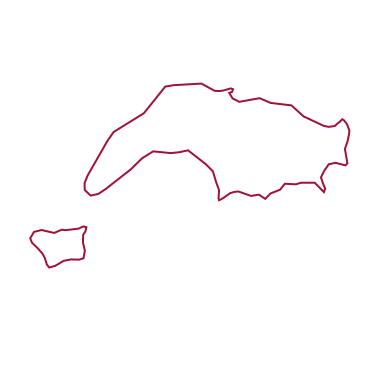 SVG path tracing the border of Inagua, rotated 200°
{"feature_id": "BHS-5038", "entity_name": "Inagua", "entity_type": "District", "adm_level": 1, "iso_a3": "BHS", "parent_name": "The Bahamas", "parent_adm1": "", "projection": "albers", "projection_center": [-73.316, 21.237], "detail": "fine", "context": "isolated", "style": "outline", "palette": "rose", "viewbox_px": 384, "rotation_deg": 200, "n_neighbors": 0, "source": "natural_earth", "source_scale": "10m", "svg_char_len": 1328}
<svg xmlns="http://www.w3.org/2000/svg" viewBox="0 0 384 384"><g transform="rotate(200 192 192)"><path d="M75.1,256.8L75.8,249.8L71.8,244.8L68.0,240.7L68.0,237.0L79.9,242.7L86.9,240.1L92.8,238.0L96.9,234.8L107.6,231.5L110.0,224.3L117.7,217.5L120.8,210.6L128.3,212.4L135.2,208.5L145.2,208.4L148.7,208.3L152.2,206.6L155.8,203.9L160.8,196.7L163.7,193.5L164.9,195.1L167.1,202.8L172.6,209.4L179.5,218.6L188.4,222.8L210.0,229.8L217.6,225.0L225.2,221.3L242.4,216.9L250.4,206.7L257.3,192.3L274.2,165.2L279.4,158.1L286.0,154.0L293.4,157.1L296.0,163.5L295.7,172.0L288.9,211.4L286.1,221.7L264.2,249.5L253.2,281.9L245.8,286.1L220.2,297.1L205.3,294.8L200.9,296.2L197.7,297.8L191.0,302.6L188.6,302.6L188.6,299.8L190.9,297.8L185.8,293.8L178.4,292.9L160.5,303.3L148.6,302.6L128.2,307.4L113.0,301.2L91.0,299.2L86.0,299.9L80.4,302.8L79.0,305.6L77.0,308.8L75.7,311.8L73.5,311.3L69.4,308.6L65.0,303.4L64.1,299.4L63.2,293.0L63.0,284.7L56.9,274.1L55.8,272.1L56.9,269.5L67.2,268.5L73.0,264.8L75.1,256.8ZM297.7,112.9L286.0,118.8L282.5,122.4L279.3,122.8L278.7,118.9L279.6,114.4L277.2,107.3L272.6,100.2L271.3,92.6L274.8,89.9L282.8,87.2L289.2,83.3L295.2,75.9L300.3,72.2L303.6,74.2L307.7,79.6L311.4,82.9L318.2,86.6L325.0,89.6L328.2,93.2L326.8,100.5L320.4,104.8L307.5,106.4L301.6,112.0L297.7,112.9Z" fill="none" stroke="#9f1239" stroke-width="2"/></g></svg>